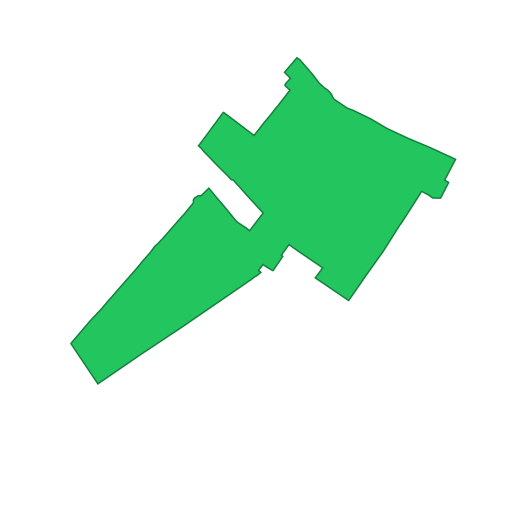 outline of Gura Padinii, Romania, rotated 217°
{"feature_id": "2599482B60613524156855", "entity_name": "Gura Padinii", "entity_type": "district", "adm_level": 2, "iso_a3": "ROU", "parent_name": "Romania", "parent_adm1": "", "projection": "albers", "projection_center": [24.327, 43.755], "detail": "fine", "context": "isolated", "style": "filled", "palette": "green", "viewbox_px": 512, "rotation_deg": 217, "n_neighbors": 0, "source": "geoboundaries", "source_scale": "gbopen_adm2", "svg_char_len": 3482}
<svg xmlns="http://www.w3.org/2000/svg" viewBox="0 0 512 512"><g transform="rotate(217 256 256)"><path d="M351.1,74.7L350.5,74.4L349.2,74.0L309.0,60.0L305.3,58.7L304.7,60.7L300.6,72.8L292.1,98.1L289.4,106.3L272.4,154.5L262.0,185.5L246.2,232.7L245.9,233.3L244.6,238.4L243.5,240.6L242.3,245.9L245.2,245.9L245.3,248.1L245.3,248.3L245.3,249.4L245.5,249.4L245.4,250.3L245.2,250.3L245.2,251.7L245.3,252.3L245.3,253.4L241.1,253.6L239.2,253.8L237.4,254.0L235.2,254.2L233.8,254.5L233.5,254.6L233.9,260.7L233.9,262.5L234.4,271.9L236.2,271.8L236.5,285.0L226.5,285.2L214.2,285.8L195.6,286.7L195.5,274.2L185.8,274.7L155.2,276.2L155.9,294.9L156.4,306.4L157.1,331.4L157.1,335.3L159.8,367.8L159.6,368.5L160.9,386.2L162.6,407.3L154.8,408.6L149.8,408.7L146.6,411.0L143.4,413.3L146.4,430.7L151.0,430.1L151.9,435.9L154.8,453.3L182.1,447.4L205.4,441.5L228.0,436.7L246.6,434.6L265.6,430.9L272.2,429.0L272.6,429.0L273.1,429.0L274.1,428.9L288.2,428.2L289.6,428.7L291.2,429.6L292.6,430.3L294.1,430.8L295.6,431.3L297.1,431.4L298.4,431.6L299.9,431.6L301.5,431.5L303.0,431.5L304.2,431.6L305.8,431.8L307.4,431.9L309.8,432.1L311.6,432.7L313.9,433.3L315.9,433.9L320.6,435.2L339.0,439.1L342.6,439.0L343.8,419.9L335.4,418.6L336.1,411.4L336.0,410.5L335.5,409.8L334.8,409.5L333.8,409.3L328.7,409.0L328.8,403.7L328.7,400.8L328.8,397.4L328.9,394.3L328.9,391.3L328.9,389.1L329.0,387.8L329.2,385.6L329.2,383.3L329.2,380.3L329.3,378.2L329.4,375.8L329.5,372.9L329.6,370.7L329.8,368.5L329.9,362.1L329.9,359.0L330.0,356.8L330.1,353.9L330.0,351.1L331.6,351.1L339.1,351.1L350.5,351.2L355.9,351.2L368.3,351.2L368.5,350.5L368.5,348.8L368.6,348.0L368.5,347.0L368.5,344.9L368.5,342.1L368.4,339.7L368.4,338.1L368.4,335.6L368.4,333.5L368.4,331.1L368.3,328.4L368.3,326.4L368.3,324.0L368.2,321.2L368.3,318.8L368.2,316.2L368.2,314.9L368.2,312.2L368.2,309.3L366.9,309.3L364.2,309.0L360.4,308.0L351.8,306.7L345.4,305.6L341.4,305.0L334.1,304.0L328.3,303.2L324.1,302.5L321.6,302.1L319.6,303.0L317.0,302.4L313.5,301.7L311.1,301.3L308.2,300.7L300.0,299.0L297.1,298.5L276.2,294.6L276.3,272.3L281.0,272.5L282.8,272.3L291.3,271.8L293.0,272.0L309.2,276.0L314.9,277.3L321.9,278.8L334.5,281.8L336.0,271.7L336.2,270.7L336.5,270.6L337.1,270.5L337.8,269.8L338.5,269.3L338.9,268.1L340.0,265.1L339.9,263.7L339.5,262.6L338.3,261.4L338.0,260.1L338.0,259.0L338.1,257.5L338.2,255.7L338.4,250.7L338.5,246.9L339.0,241.9L341.1,213.1L341.7,208.4L341.7,207.3L342.3,204.7L342.4,204.0L342.5,203.4L342.6,202.8L342.7,202.1L342.7,200.6L342.6,199.1L342.6,197.5L342.6,196.3L342.6,194.9L342.7,193.4L342.7,192.5L342.8,191.9L342.9,190.9L343.0,189.8L343.1,189.0L343.1,187.8L343.2,186.9L343.3,185.8L343.3,185.1L343.4,184.7L343.5,184.0L343.5,183.3L343.6,182.4L343.6,181.2L343.6,180.6L343.5,180.2L343.5,179.9L343.6,179.2L343.6,178.7L343.7,178.3L343.7,177.5L343.7,176.7L343.8,174.8L343.9,173.5L344.0,172.2L344.1,170.8L344.2,169.1L344.3,167.8L344.4,166.6L344.5,165.8L344.6,164.6L344.6,163.4L344.7,162.4L344.8,160.8L345.0,159.1L345.1,157.2L345.2,155.5L345.3,154.5L345.4,152.9L345.5,151.9L345.7,149.5L345.8,147.4L345.9,146.0L346.0,144.8L346.2,142.8L346.3,140.1L346.4,139.3L346.5,137.2L346.6,135.8L346.7,135.2L346.7,134.4L346.8,133.8L346.9,132.7L347.0,131.2L347.1,129.9L347.2,129.1L347.2,128.7L347.2,127.7L347.3,126.5L347.4,125.3L347.5,122.6L347.7,120.0L348.0,116.9L348.3,115.2L348.4,113.8L348.5,112.1L348.9,109.4L349.1,107.4L349.2,106.4L349.3,105.8L349.5,102.7L350.1,93.2L350.5,86.3L351.1,76.1L351.2,75.1L351.1,74.7Z" fill="#22c55e" stroke="#15803d" stroke-width="1.5"/></g></svg>